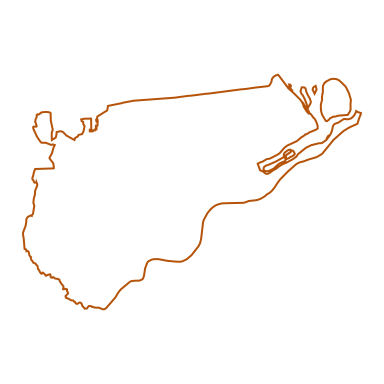 the district of Pelalawan, Riau, Indonesia
{"feature_id": "22746128B44055596539945", "entity_name": "Pelalawan", "entity_type": "district", "adm_level": 2, "iso_a3": "IDN", "parent_name": "Indonesia", "parent_adm1": "Riau", "projection": "robinson", "projection_center": [102.105, 0.163], "detail": "fine", "context": "isolated", "style": "outline", "palette": "amber", "viewbox_px": 384, "rotation_deg": 0, "n_neighbors": 0, "source": "geoboundaries", "source_scale": "gbopen_adm2", "svg_char_len": 5867}
<svg xmlns="http://www.w3.org/2000/svg" viewBox="0 0 384 384"><path d="M361.0,113.1L357.6,112.0L356.2,111.0L355.2,113.7L354.0,115.6L352.1,117.6L351.0,118.4L348.6,119.2L347.0,119.3L344.0,118.9L338.3,122.6L335.2,123.7L334.3,124.2L333.2,125.6L332.8,126.7L332.0,130.8L330.7,133.8L330.1,135.0L326.2,140.1L321.8,143.1L317.9,143.4L316.6,143.9L314.0,144.4L313.2,144.8L311.4,145.1L305.9,147.8L298.0,154.2L296.4,156.6L292.9,159.2L285.8,163.0L283.4,163.8L281.4,164.9L278.3,166.9L276.5,168.5L273.3,170.2L270.0,172.6L268.1,173.7L266.6,173.9L265.0,173.2L263.2,171.6L260.1,170.3L257.7,163.7L260.4,162.3L262.6,161.6L266.5,159.2L269.9,158.6L277.1,154.9L279.5,153.4L284.3,147.9L287.2,145.6L296.7,141.2L301.6,137.1L302.6,136.6L305.6,134.6L305.5,134.4L307.7,133.6L309.5,132.3L316.0,129.7L317.7,128.5L317.6,125.6L316.1,121.4L314.8,119.0L313.2,117.4L311.2,114.5L309.7,113.2L308.9,113.7L306.8,111.5L303.6,106.5L303.3,104.9L302.3,102.6L300.5,99.9L293.5,92.9L288.4,88.4L279.1,75.9L277.9,74.7L277.0,75.2L275.9,75.3L273.4,77.0L272.0,78.9L271.3,82.2L269.8,84.9L269.1,85.7L267.6,86.2L255.1,87.6L246.2,88.9L239.9,89.5L208.7,93.6L206.5,93.7L190.9,95.7L188.6,95.8L174.5,97.7L133.8,100.7L123.5,102.6L121.6,103.2L108.0,105.9L107.2,110.4L97.4,116.5L96.7,119.4L97.5,119.6L97.5,119.9L96.1,119.9L96.1,120.3L96.4,121.1L96.7,121.1L96.7,121.8L96.9,121.8L96.9,121.1L97.7,121.1L97.5,125.5L95.9,125.6L95.9,127.5L96.1,127.5L96.3,128.0L96.5,127.9L96.5,129.2L95.3,129.2L95.3,130.3L92.8,130.3L92.8,131.3L89.8,131.4L89.8,129.7L91.3,129.7L91.1,118.6L84.6,118.7L81.2,119.4L81.7,121.2L83.1,121.8L83.4,124.4L84.6,126.0L83.5,131.3L82.1,134.1L79.0,134.8L78.2,135.3L77.8,136.5L75.2,137.9L74.4,140.0L66.4,135.5L63.2,132.2L61.8,131.5L60.4,131.2L56.6,132.1L56.5,134.3L55.7,137.6L51.9,140.0L51.7,135.1L51.9,131.9L52.8,130.0L50.8,120.6L50.6,113.1L49.6,112.4L46.4,111.9L42.5,112.2L40.9,112.7L40.7,113.2L40.2,113.3L39.4,114.1L37.9,114.7L37.5,114.8L37.3,114.5L36.7,115.0L36.6,117.4L35.5,119.4L35.5,120.5L35.1,121.5L35.8,123.1L36.7,126.2L36.1,126.7L33.7,126.6L33.1,127.3L33.4,128.9L37.0,136.7L39.8,140.9L41.4,142.7L45.9,142.8L51.1,144.9L52.9,144.4L54.8,145.1L53.7,147.1L51.9,153.4L49.5,157.8L49.6,158.5L53.3,163.4L53.9,167.9L53.7,168.4L35.2,169.0L34.0,171.9L33.2,175.6L32.4,177.9L32.4,179.3L33.4,180.4L34.0,182.0L34.7,182.7L36.3,182.6L36.4,182.1L37.3,184.4L37.0,186.3L35.8,188.9L35.1,191.1L34.9,194.6L33.7,199.1L33.4,203.0L34.3,205.6L33.0,213.9L31.9,215.1L31.8,215.9L30.7,215.5L29.5,216.0L27.7,217.1L26.6,218.5L26.3,219.8L26.3,221.6L25.7,225.5L23.1,232.4L23.0,234.3L23.7,238.7L24.6,249.0L26.0,249.4L26.2,249.7L26.4,251.2L27.0,251.0L28.0,251.2L28.6,251.7L29.3,254.9L30.0,256.3L30.9,256.9L30.8,258.1L31.4,260.0L32.6,261.3L33.3,262.7L35.6,263.6L36.1,264.6L37.4,265.8L38.1,269.1L39.2,270.2L39.6,271.5L40.9,273.5L41.8,273.7L42.4,272.6L43.0,272.6L45.2,274.7L45.7,275.7L46.0,275.8L48.3,274.6L49.1,274.7L49.9,274.3L50.5,274.9L50.7,277.1L51.0,277.4L52.2,277.8L53.0,277.1L53.4,277.1L55.0,278.5L58.1,279.0L59.4,279.7L59.6,281.0L60.5,282.1L60.7,282.9L63.4,286.2L63.5,287.2L63.1,289.2L63.8,289.3L64.1,288.9L65.0,288.9L66.9,289.2L67.1,289.5L66.9,290.9L67.6,291.8L68.1,293.4L65.5,296.1L65.9,296.8L65.8,297.7L69.0,299.0L71.1,300.3L73.3,300.5L74.1,301.6L75.0,302.0L75.6,303.1L76.3,303.7L77.4,303.9L79.0,302.7L79.9,302.5L80.7,302.8L81.7,303.9L82.4,306.1L83.8,307.4L84.5,308.6L86.9,308.5L88.6,306.2L89.7,306.0L91.7,306.3L92.2,306.9L92.4,306.8L95.0,307.6L98.8,307.7L102.3,309.1L103.6,309.3L104.9,309.0L106.5,307.7L115.5,297.3L117.9,293.1L120.8,289.4L129.9,281.8L130.8,281.3L133.6,280.8L139.6,280.6L142.4,279.3L143.1,278.4L144.0,275.8L145.1,268.4L147.0,263.3L147.8,261.9L149.0,261.0L151.3,259.8L153.4,259.2L158.4,259.1L167.2,260.8L174.3,261.5L179.6,261.8L182.5,261.3L186.8,259.2L191.5,255.2L198.4,246.4L200.1,243.1L201.1,239.0L203.1,222.1L203.8,219.8L207.5,213.1L210.8,209.1L213.2,207.0L215.8,205.3L218.6,204.2L222.6,203.3L243.6,202.8L246.1,202.1L248.7,201.0L255.5,200.3L257.9,199.8L261.4,198.4L265.2,196.0L266.9,194.4L269.6,192.8L271.7,191.0L274.2,188.0L277.7,182.7L280.3,179.2L288.1,171.3L296.2,164.2L298.3,163.0L300.5,162.1L303.5,161.4L308.6,159.5L316.7,157.1L322.1,153.9L333.6,139.8L342.4,132.0L343.8,130.8L349.6,127.3L357.2,123.9L357.6,123.4L359.0,118.6L360.7,114.4L361.0,113.1ZM335.3,116.6L338.0,115.7L347.7,114.9L349.8,111.7L350.6,109.5L350.5,104.2L350.9,99.8L349.0,93.3L346.5,88.2L345.5,86.5L341.4,82.4L338.9,80.2L336.4,79.1L333.5,78.8L330.5,79.2L325.8,81.7L325.6,82.3L325.0,82.4L324.0,83.7L322.9,86.2L322.8,93.1L322.4,93.7L322.1,96.4L321.9,98.2L322.2,99.2L320.9,104.4L320.8,107.6L321.1,108.9L320.8,109.7L321.8,113.8L322.4,115.3L325.8,120.9L326.9,121.2L329.1,119.6L329.8,118.5L333.1,116.7L335.3,116.6ZM269.1,170.9L273.8,168.5L278.3,164.3L280.2,163.1L285.4,160.9L285.5,159.2L285.0,157.6L283.5,157.2L276.2,161.4L268.5,164.8L266.1,165.5L264.1,167.0L263.6,168.2L263.6,169.8L264.7,170.9L267.0,171.3L269.1,170.9ZM308.1,107.7L309.4,105.1L309.9,104.7L310.9,102.1L310.0,98.9L307.8,95.0L306.4,92.0L305.6,88.7L304.9,87.7L303.3,87.3L301.7,87.4L300.5,91.3L301.4,93.7L302.7,95.2L304.8,99.2L306.7,104.3L307.3,106.8L308.1,107.7ZM289.0,158.1L290.0,157.2L292.2,156.3L294.4,154.7L294.8,153.7L293.5,151.3L293.0,150.7L291.6,150.7L290.7,152.0L289.7,152.9L286.9,154.6L285.4,156.7L286.0,157.5L286.1,158.8L286.7,159.0L289.0,158.1ZM284.8,156.8L286.5,154.7L289.8,152.6L291.4,150.5L290.5,149.7L288.8,149.8L286.9,150.9L284.9,152.5L284.1,153.5L283.8,155.6L284.0,156.4L284.4,156.7L284.8,156.8ZM314.6,93.7L316.5,89.8L316.5,88.9L315.6,85.9L313.9,86.9L313.1,87.8L312.6,89.6L314.6,93.7ZM309.4,112.9L308.1,110.2L304.3,105.2L303.6,103.8L303.3,104.4L305.7,108.8L308.5,112.8L309.4,112.9ZM291.7,89.9L290.0,87.8L289.0,87.3L289.9,88.7L291.3,89.9L291.7,89.9ZM327.1,138.1L328.6,136.5L329.2,135.5L329.1,135.4L328.3,135.8L327.4,137.2L326.9,138.0L327.1,138.1ZM290.9,85.7L290.1,84.6L289.1,84.5L289.3,85.0L290.3,85.9L290.9,86.1L290.9,85.7Z" fill="none" stroke="#b45309" stroke-width="2"/></svg>